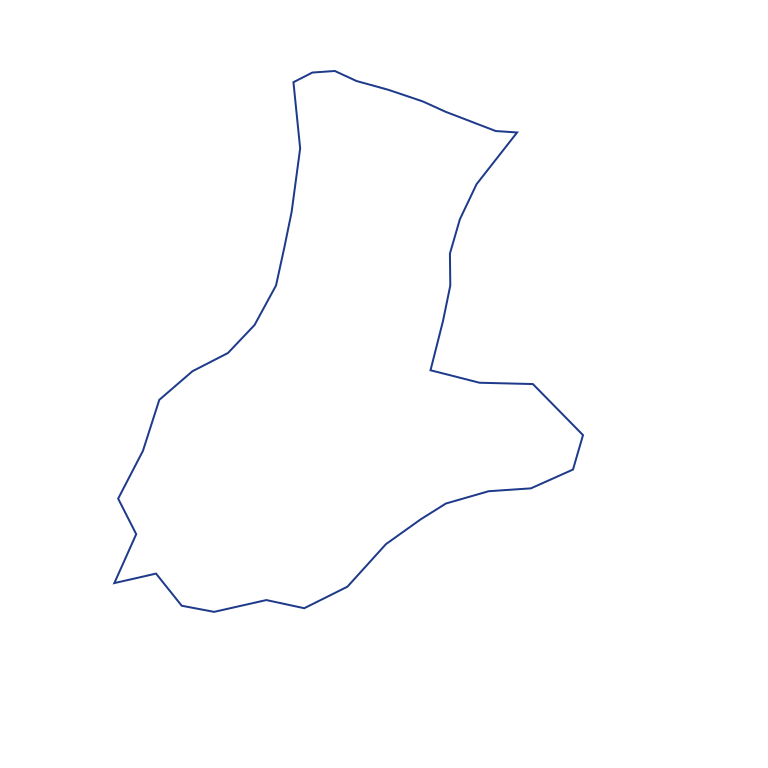 Vouno, Cyprus (Mercator projection), rotated 201°
{"feature_id": "46923920B84175879227777", "entity_name": "Vouno", "entity_type": "district", "adm_level": 2, "iso_a3": "CYP", "parent_name": "Cyprus", "parent_adm1": "", "projection": "mercator", "projection_center": [33.395, 35.261], "detail": "fine", "context": "isolated", "style": "outline", "palette": "blue", "viewbox_px": 768, "rotation_deg": 201, "n_neighbors": 0, "source": "geoboundaries", "source_scale": "gbopen_adm2", "svg_char_len": 694}
<svg xmlns="http://www.w3.org/2000/svg" viewBox="0 0 768 768"><g transform="rotate(201 384 384)"><path d="M518.4,657.0L542.1,658.6L562.5,649.1L576.7,633.3L546.7,573.9L531.9,511.5L526.0,475.9L520.1,437.3L526.0,392.7L540.8,357.0L567.4,327.3L588.1,288.7L585.1,235.2L591.1,181.7L561.5,155.0L564.4,101.5L528.9,125.3L493.4,104.5L460.9,110.4L416.5,140.1L378.1,146.1L345.5,181.7L324.8,235.2L301.2,270.9L283.4,294.6L247.9,321.4L209.5,339.2L176.9,371.9L179.9,407.6L245.0,437.3L295.3,419.4L345.5,413.5L351.5,464.0L357.4,499.7L369.2,529.4L372.2,565.0L369.2,603.7L349.9,666.5L370.4,660.2L390.9,660.2L423.9,660.2L449.1,661.7L485.4,660.2L518.4,657.0Z" fill="none" stroke="#1e3a8a" stroke-width="2"/></g></svg>